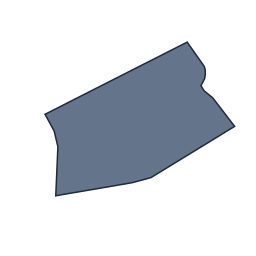 the District of Mwanza, rotated 327°
{"feature_id": "MWI-1922", "entity_name": "Mwanza", "entity_type": "District", "adm_level": 1, "iso_a3": "MWI", "parent_name": "Malawi", "parent_adm1": "", "projection": "albers", "projection_center": [34.593, -15.694], "detail": "fine", "context": "isolated", "style": "filled", "palette": "slate", "viewbox_px": 256, "rotation_deg": 327, "n_neighbors": 0, "source": "natural_earth", "source_scale": "10m", "svg_char_len": 388}
<svg xmlns="http://www.w3.org/2000/svg" viewBox="0 0 256 256"><g transform="rotate(327 128 128)"><path d="M30.5,145.5L59.0,105.5L64.4,90.4L65.9,71.3L120.5,77.1L174.9,82.9L224.4,88.2L225.5,117.9L224.5,121.2L222.1,125.1L219.2,128.3L212.2,132.3L212.1,138.2L215.5,149.0L218.3,184.7L120.3,182.1L102.1,176.3L37.1,148.3L30.5,145.5Z" fill="#64748b" stroke="#1e293b" stroke-width="1.5"/></g></svg>